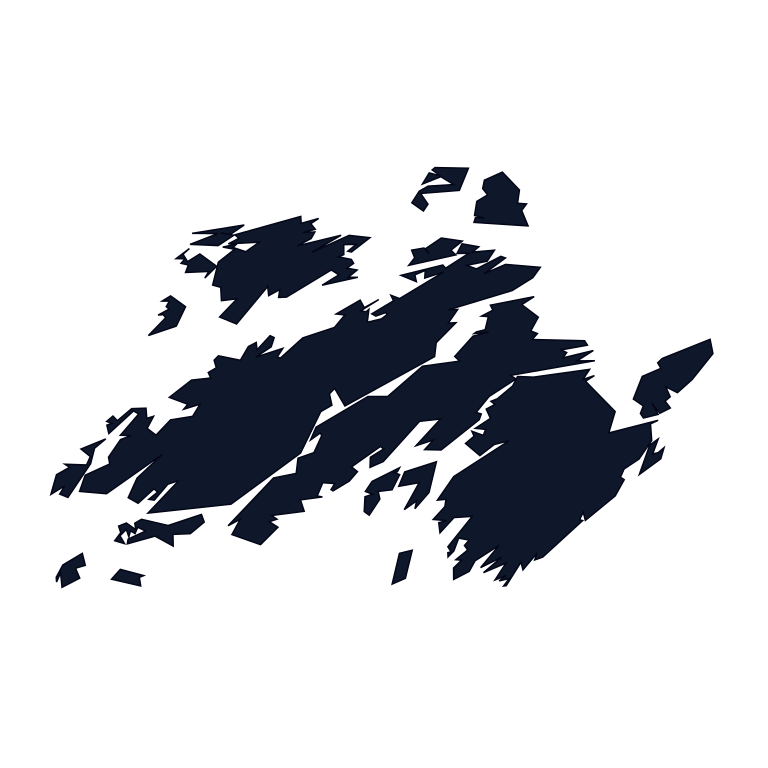 outline of Vikna nor, Nord-Trøndelag, Norway, rotated 3°
{"feature_id": "86288312B81438149454650", "entity_name": "Vikna nor", "entity_type": "district", "adm_level": 2, "iso_a3": "NOR", "parent_name": "Norway", "parent_adm1": "Nord-Trøndelag", "projection": "albers", "projection_center": [10.974, 64.92], "detail": "fine", "context": "isolated", "style": "filled", "palette": "ink", "viewbox_px": 768, "rotation_deg": 3, "n_neighbors": 0, "source": "geoboundaries", "source_scale": "gbopen_adm2", "svg_char_len": 6162}
<svg xmlns="http://www.w3.org/2000/svg" viewBox="0 0 768 768"><g transform="rotate(3 384 384)"><path d="M465.5,247.6L471.5,242.0L454.6,239.9L450.1,249.8L461.8,249.1L439.5,265.1L436.5,262.1L395.3,274.6L411.0,280.1L409.1,273.4L419.3,268.4L419.1,276.1L437.8,269.0L395.1,297.9L386.2,295.0L389.2,300.4L368.1,314.6L372.3,316.6L381.9,312.6L383.5,314.5L378.0,319.1L364.1,323.2L365.0,310.2L362.3,312.8L357.0,312.1L374.4,299.9L360.3,308.8L355.8,301.5L332.5,316.6L341.3,317.1L331.6,330.1L300.5,342.2L279.2,363.5L276.0,362.6L281.1,353.7L254.3,364.0L269.4,352.8L271.9,343.4L267.7,341.7L255.4,356.5L254.2,349.2L246.6,353.7L239.3,367.8L217.2,364.5L213.1,369.1L215.7,376.6L207.9,381.7L210.6,387.1L191.5,390.2L170.3,408.6L189.1,414.5L185.3,419.7L201.3,413.8L194.6,426.3L172.7,431.0L159.0,447.0L149.8,440.7L155.6,428.3L148.9,430.7L147.6,420.6L133.3,421.8L119.7,434.6L115.0,430.2L109.0,435.9L114.3,437.6L109.4,439.6L111.8,447.9L135.3,424.0L140.6,426.8L123.4,449.0L134.0,448.8L123.8,453.3L112.7,471.5L114.3,478.2L90.4,490.7L85.6,507.2L112.6,508.1L166.4,465.8L142.3,491.0L134.5,510.9L144.7,516.0L159.8,500.7L163.6,503.8L155.1,511.5L160.7,512.0L173.4,495.4L184.1,491.2L155.0,525.3L237.5,512.0L304.3,457.3L322.3,414.9L333.1,407.9L330.0,396.6L335.0,391.0L346.1,408.0L433.1,354.0L434.0,340.0L452.7,319.0L445.0,319.8L453.7,305.7L444.3,306.6L507.1,284.0L527.1,270.0L534.0,259.3L499.1,258.2L478.1,268.7L498.7,251.8L494.0,250.4L470.3,264.2L460.3,261.2L480.6,256.0L487.3,244.6L465.5,247.6ZM588.6,358.6L533.0,369.3L517.0,369.5L512.6,379.2L497.9,392.9L491.7,395.7L495.8,398.6L487.4,403.7L492.1,412.8L477.5,423.5L487.9,424.0L485.8,430.1L474.2,426.6L476.7,431.4L468.5,439.1L483.5,450.5L497.2,438.7L511.9,434.1L458.5,472.8L443.4,497.2L451.9,495.9L451.2,503.3L440.2,516.7L454.2,517.2L445.9,519.6L447.7,529.7L460.9,513.7L479.0,511.6L456.3,543.2L459.8,548.1L456.6,549.1L457.0,553.3L462.5,547.1L466.6,534.0L477.2,535.4L472.8,541.1L476.3,545.4L464.9,555.7L470.7,555.9L463.1,564.1L463.8,575.5L478.9,566.7L484.2,555.8L507.3,539.2L490.1,562.3L510.5,550.9L493.2,567.2L515.2,556.5L505.1,573.9L516.1,568.8L509.3,574.6L519.2,571.7L514.0,579.5L516.6,579.0L530.1,554.8L532.5,562.3L545.8,544.7L543.7,551.8L551.5,548.6L589.5,510.0L586.4,509.4L589.7,501.5L592.2,509.7L620.7,483.7L628.9,467.0L625.0,464.7L628.2,456.3L642.6,445.6L654.3,426.4L652.2,409.9L659.7,405.9L611.0,421.1L616.3,399.4L585.1,370.7L593.7,364.6L582.5,369.0L588.6,358.6ZM529.4,288.9L486.1,299.7L488.9,304.6L477.8,311.1L484.7,311.3L482.2,324.5L473.6,327.1L471.4,328.9L485.8,326.7L470.3,331.6L453.2,352.8L458.4,357.2L421.6,364.2L388.3,396.3L368.7,397.3L318.4,430.7L313.5,443.8L323.0,436.2L324.5,438.9L317.6,456.2L302.0,462.6L301.0,477.9L278.6,483.6L235.7,533.7L247.6,526.6L240.0,542.3L269.1,550.9L285.6,532.6L276.7,527.5L284.2,524.6L278.5,521.2L311.0,515.3L306.6,504.1L328.4,500.0L323.1,499.3L328.0,485.8L340.0,486.0L336.6,492.3L338.7,493.4L354.4,482.8L362.1,472.9L355.9,468.5L383.6,446.6L387.2,448.8L374.2,457.9L374.4,468.0L387.3,461.5L421.5,419.4L442.3,416.0L419.1,444.0L436.3,437.3L428.0,447.4L444.5,446.9L481.0,414.6L482.7,408.8L477.5,407.6L489.6,391.0L515.6,372.0L509.8,368.8L593.4,349.7L575.6,350.8L591.3,339.6L561.4,348.5L564.8,343.0L559.0,340.7L585.1,334.6L582.1,330.3L529.6,331.8L534.6,325.6L527.8,323.3L534.6,309.2L517.4,297.5L529.4,288.9ZM292.1,221.0L227.3,242.8L231.5,246.1L221.2,252.2L252.0,248.9L239.0,259.1L225.9,255.5L229.7,251.9L215.8,255.7L227.8,257.3L212.2,271.0L207.7,294.2L215.9,296.0L217.3,309.3L232.8,306.6L216.3,325.7L233.6,331.8L262.8,292.7L264.2,301.8L275.0,295.2L274.2,303.1L282.1,302.3L325.4,272.9L333.2,277.4L317.0,288.6L352.3,278.8L342.7,279.3L351.2,271.6L340.9,270.2L347.4,265.1L344.9,261.3L331.9,259.4L337.1,256.9L336.5,246.9L348.8,246.1L340.9,253.3L344.6,253.9L362.3,238.6L341.4,237.4L304.8,256.4L333.4,237.7L290.1,250.6L303.6,242.6L307.0,235.8L294.8,237.0L307.3,233.1L302.5,227.7L310.1,222.1L292.9,227.9L292.1,221.0ZM707.3,322.3L660.6,343.9L656.2,348.5L659.7,353.9L641.5,362.9L633.8,386.0L644.1,392.3L641.6,400.0L644.9,404.4L659.4,400.0L652.3,388.9L661.0,398.8L671.2,393.0L665.6,386.4L670.5,381.8L665.5,372.1L677.5,377.3L691.5,363.4L710.9,336.4L707.3,322.3ZM491.1,166.2L473.6,175.2L472.3,183.7L477.6,189.7L467.1,196.8L465.6,211.0L475.6,212.9L466.6,213.2L465.4,217.9L519.6,218.6L512.4,203.5L516.9,196.7L507.9,196.5L509.1,183.2L491.1,166.2ZM208.5,523.8L175.8,536.6L148.9,531.8L142.4,536.1L143.8,542.5L134.0,536.3L126.4,539.8L128.9,546.2L123.3,554.6L133.3,557.0L128.3,549.4L134.3,542.7L137.2,550.0L138.5,543.9L143.2,546.4L145.5,539.9L153.6,543.3L136.6,552.3L136.0,557.1L163.3,547.9L182.0,556.9L181.1,545.2L198.4,543.6L211.7,531.3L208.5,523.8ZM457.0,164.1L423.6,165.2L420.9,167.7L429.7,173.3L418.1,170.8L411.9,182.3L429.9,174.0L443.2,181.2L417.7,184.1L409.1,189.6L402.3,201.6L414.3,209.2L418.5,202.1L410.6,191.8L449.1,186.7L457.0,164.1ZM98.3,463.3L109.0,453.4L84.8,464.8L94.5,471.8L91.2,480.4L69.5,480.8L74.4,483.6L61.7,491.7L57.1,511.7L70.4,502.5L65.9,510.9L74.3,513.8L95.2,478.9L98.3,463.3ZM440.4,458.9L409.3,470.7L404.1,485.4L424.3,480.7L410.8,508.4L422.7,499.0L421.4,506.9L434.6,490.0L440.4,458.9ZM433.6,235.2L418.4,246.7L422.5,251.6L416.8,246.1L404.6,248.9L408.0,256.4L402.5,264.2L449.0,251.3L443.8,246.9L454.7,237.2L433.6,235.2ZM166.3,307.2L158.1,312.8L165.3,312.5L162.5,318.2L165.6,320.4L154.8,327.0L160.0,326.3L162.5,329.3L146.2,347.9L173.5,337.1L181.8,317.2L166.3,307.2ZM236.1,232.5L184.4,243.6L210.2,242.5L183.0,254.7L211.1,254.5L226.3,243.3L213.1,241.8L223.1,242.4L236.1,232.5ZM398.4,471.9L401.9,471.0L403.9,466.8L377.2,481.9L371.0,492.3L378.4,494.7L370.9,497.6L370.9,512.4L376.1,515.8L385.9,499.1L383.8,491.6L397.6,489.2L404.4,473.7L398.4,471.9ZM182.6,258.9L169.8,269.7L178.8,269.4L175.0,274.1L182.4,275.4L180.0,283.0L203.1,280.8L199.5,287.6L210.7,275.2L193.3,263.8L181.4,272.1L176.5,264.9L182.6,258.9ZM91.6,568.9L72.7,581.6L66.8,594.2L67.4,598.9L70.9,589.5L73.1,603.9L90.3,593.8L85.6,584.1L95.2,580.7L91.6,568.9ZM154.1,587.9L130.4,582.9L122.1,593.2L151.6,598.4L149.8,589.9L154.1,587.9ZM420.9,548.5L408.3,552.3L402.6,583.4L415.5,576.9L420.9,548.5ZM667.0,432.9L661.3,438.3L656.0,439.7L660.7,424.5L652.6,431.1L643.7,461.0L664.3,444.2L667.0,432.9Z" fill="#0f172a" stroke="#020617" stroke-width="1.5"/></g></svg>